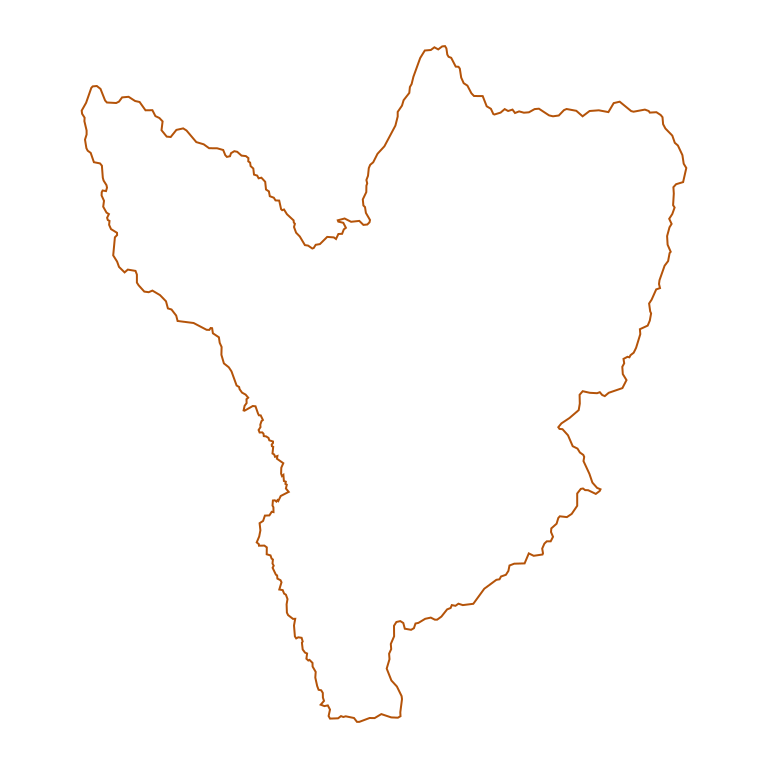 Sipí, Chocó, Colombia (Equal Earth projection)
{"feature_id": "7082276B50547805834837", "entity_name": "Sipí", "entity_type": "district", "adm_level": 2, "iso_a3": "COL", "parent_name": "Colombia", "parent_adm1": "Chocó", "projection": "equal_earth", "projection_center": [-76.598, 4.565], "detail": "fine", "context": "isolated", "style": "outline", "palette": "amber", "viewbox_px": 768, "rotation_deg": 0, "n_neighbors": 0, "source": "geoboundaries", "source_scale": "gbopen_adm2", "svg_char_len": 6082}
<svg xmlns="http://www.w3.org/2000/svg" viewBox="0 0 768 768"><path d="M600.5,489.3L597.1,487.9L592.4,482.6L589.4,473.8L583.5,461.1L584.2,456.9L583.3,454.9L579.9,452.5L577.5,448.6L572.7,446.2L568.0,435.3L562.5,429.2L559.5,428.9L558.3,427.2L561.4,423.4L569.5,418.0L578.7,410.1L579.8,403.6L579.6,394.8L582.7,391.2L589.8,392.8L597.1,393.2L599.8,392.2L602.2,395.0L604.8,396.1L608.7,392.8L622.4,388.1L626.5,380.1L622.8,374.1L622.3,366.8L624.2,363.3L623.5,358.9L627.5,356.8L629.4,357.3L630.5,355.2L633.7,352.7L636.1,347.8L640.3,334.1L639.9,329.2L647.7,325.6L649.8,320.6L651.1,313.4L650.2,311.4L649.1,303.5L651.6,299.7L656.2,289.4L660.0,288.1L659.0,284.0L659.5,280.2L664.6,265.7L668.1,261.1L669.6,253.1L670.7,251.8L667.6,244.7L667.1,236.1L669.5,227.3L671.6,223.9L669.2,218.8L672.3,214.0L674.6,207.5L673.1,205.2L673.8,193.6L673.4,187.2L676.1,184.2L683.1,182.1L686.3,168.0L683.7,163.7L682.4,155.1L677.9,145.5L674.8,142.8L672.3,135.6L665.4,128.5L663.1,124.2L662.5,117.2L660.7,115.0L656.4,112.2L649.8,112.6L648.7,111.0L644.9,109.6L633.6,111.7L631.2,111.1L619.7,101.7L613.7,103.1L608.4,112.1L598.8,110.3L589.6,111.0L582.6,116.3L576.3,110.8L566.6,109.0L564.0,110.1L558.8,115.5L553.0,116.3L549.1,115.4L538.9,108.7L534.6,109.1L528.9,112.3L523.9,112.7L519.1,111.4L515.0,113.0L512.5,109.6L508.1,111.0L504.7,109.1L500.6,112.6L494.4,114.5L493.3,114.0L490.9,108.8L486.7,106.3L482.7,96.1L474.0,96.0L471.4,93.3L467.4,85.6L463.7,83.2L461.2,77.6L459.8,68.6L458.5,66.8L455.7,66.6L451.2,57.8L448.6,56.8L447.3,54.6L446.4,48.4L445.0,46.1L442.2,46.4L438.2,49.4L434.4,47.3L430.8,50.0L424.8,50.5L420.2,58.0L413.4,76.8L411.6,84.1L409.9,87.0L409.3,92.9L403.6,100.2L402.0,105.6L397.7,111.9L397.7,116.5L395.4,125.6L384.4,146.3L377.5,153.8L373.2,162.3L370.2,164.8L368.8,168.1L368.0,175.8L366.4,180.0L367.2,183.4L366.4,185.7L366.3,192.1L362.8,199.4L363.4,205.5L365.0,207.1L365.9,212.9L370.0,220.0L369.5,222.3L367.3,224.5L363.4,224.9L359.3,220.9L351.1,221.8L344.6,218.5L337.8,220.3L338.3,221.6L343.3,222.8L345.9,227.8L343.8,229.4L342.1,233.8L338.4,234.0L336.0,239.0L333.8,237.4L327.2,236.9L319.9,244.1L315.7,244.8L313.7,248.0L312.3,248.5L308.1,245.6L304.9,245.1L299.8,236.5L296.1,232.7L294.0,227.0L294.9,223.8L293.8,222.5L293.6,220.4L287.0,214.3L284.0,209.5L282.2,210.2L281.1,209.2L279.2,200.6L275.5,200.4L273.8,197.7L269.8,196.2L268.9,191.4L266.0,189.5L265.2,181.8L261.4,177.7L258.6,178.3L257.2,175.6L254.0,174.6L253.3,168.5L250.6,166.1L250.1,162.6L248.3,161.4L248.4,158.1L245.9,156.1L241.5,155.6L237.2,151.8L234.3,151.2L231.0,153.2L230.0,156.2L226.9,156.9L225.3,155.2L223.2,150.0L217.2,148.3L209.1,148.2L203.7,144.3L196.3,142.1L186.5,130.5L183.2,128.4L176.4,129.9L170.7,137.0L166.7,136.6L161.5,130.2L162.6,121.4L159.4,118.0L155.4,116.1L152.4,110.2L145.5,110.3L139.6,102.0L135.1,101.0L128.6,96.8L122.1,97.4L119.0,101.6L116.2,103.0L106.9,102.5L105.1,100.5L100.5,88.9L96.8,86.0L92.7,86.4L91.3,87.9L86.1,102.8L81.7,110.6L82.1,113.8L84.6,117.7L84.4,121.2L86.6,130.5L86.6,134.5L85.0,139.6L86.4,148.2L87.7,150.7L90.7,152.9L93.9,162.2L100.0,163.4L101.9,165.7L102.8,177.7L103.6,180.6L106.5,185.2L107.0,187.7L106.0,191.1L102.6,190.5L101.7,192.3L101.6,195.5L104.0,200.8L103.2,206.7L106.5,212.6L108.9,214.1L107.1,217.8L107.8,220.0L109.5,220.9L109.1,224.8L111.0,229.1L117.0,232.8L117.1,235.1L114.9,237.3L113.2,255.4L117.1,261.6L119.0,266.9L124.6,272.4L127.8,269.6L135.5,270.9L136.9,274.6L136.9,282.6L138.7,285.4L144.3,291.6L148.7,292.2L152.4,290.6L160.0,295.1L166.0,301.3L167.9,308.4L171.5,309.5L176.2,315.6L177.6,321.0L193.6,323.0L206.6,329.8L209.3,329.9L210.7,328.0L212.1,328.2L212.9,333.3L218.9,337.3L219.7,342.8L221.6,347.0L221.4,354.8L223.9,363.4L228.8,367.3L231.5,371.4L236.6,385.5L239.1,387.0L239.6,389.2L242.0,392.6L245.6,394.6L248.2,397.7L246.5,399.2L246.6,403.1L244.6,405.8L243.6,410.4L244.5,410.7L252.8,406.0L255.5,406.3L258.0,413.5L258.9,415.3L260.7,415.4L262.9,420.0L261.5,421.1L260.3,424.7L260.5,427.1L258.6,430.0L259.6,432.5L262.3,432.4L263.5,433.7L263.8,436.1L266.1,436.4L268.5,437.9L269.3,440.3L273.0,441.5L273.0,443.0L271.7,444.6L271.9,446.2L273.2,446.8L272.5,453.5L274.2,454.5L275.0,456.8L277.4,456.0L276.9,458.7L283.3,463.2L281.3,467.7L281.1,473.6L282.0,476.1L283.4,474.9L283.9,481.0L285.8,481.7L285.4,483.9L286.8,484.7L285.9,488.5L288.7,491.9L280.7,496.0L278.3,501.0L277.5,500.1L276.4,501.6L274.8,500.3L272.9,500.5L272.5,505.6L273.4,507.2L273.5,512.1L271.7,511.8L269.4,515.4L264.9,515.6L263.1,520.9L259.6,523.2L260.4,530.3L259.2,536.5L256.7,542.4L258.8,544.1L259.0,545.7L264.4,545.6L266.8,547.4L266.7,554.3L270.5,555.4L271.6,558.6L272.9,559.5L272.5,563.5L273.7,565.7L272.6,567.8L275.9,574.7L277.1,575.4L277.4,578.6L280.5,580.2L281.5,582.3L279.3,589.5L282.7,590.1L284.1,593.6L285.9,594.7L287.5,599.1L286.6,604.3L286.9,612.6L288.1,615.1L293.0,618.9L295.2,618.8L294.0,625.5L294.9,636.4L296.2,638.4L298.3,637.3L301.6,637.8L302.7,641.5L301.9,642.7L302.7,649.5L305.0,652.6L307.1,653.5L306.4,658.7L308.3,660.5L309.5,659.9L312.5,662.9L312.6,666.6L315.7,671.9L315.3,677.6L317.2,686.1L318.6,689.8L321.2,690.3L322.8,692.9L322.9,697.6L324.0,700.9L320.7,704.7L324.4,706.1L327.8,705.4L330.0,709.6L328.6,716.0L330.0,718.6L338.1,718.3L341.0,716.1L343.3,717.0L345.7,716.3L354.0,718.0L357.0,721.9L359.2,721.9L369.6,718.0L374.6,718.1L381.3,714.1L391.2,717.4L397.9,717.7L400.5,716.2L400.3,712.3L402.0,699.1L401.6,696.1L396.9,686.5L391.4,680.5L386.7,668.6L389.5,659.2L389.1,653.7L391.2,649.1L390.8,644.0L394.1,636.3L394.0,625.8L396.4,622.0L400.3,621.1L403.3,623.0L404.8,628.7L411.1,629.8L413.9,628.2L415.5,623.5L418.4,622.9L425.2,618.8L430.8,617.6L434.9,619.7L437.1,619.7L441.4,616.6L447.1,609.4L450.6,608.0L451.8,605.1L455.5,605.8L458.4,603.7L462.8,605.1L473.3,603.8L484.3,588.7L496.4,579.8L499.5,579.3L501.0,576.5L505.9,574.8L508.4,570.9L509.5,565.5L514.2,563.7L524.6,563.4L528.8,553.4L533.7,555.8L542.5,554.5L543.0,553.3L542.2,548.6L544.4,543.6L546.8,541.3L550.7,541.3L553.0,536.8L551.0,532.0L551.3,528.4L556.6,523.7L558.3,518.0L559.8,516.3L566.9,517.1L571.7,513.9L577.2,505.8L577.2,493.5L580.8,488.9L583.0,488.5L585.1,490.1L588.1,490.2L595.8,493.9L599.7,491.0L600.5,489.3Z" fill="none" stroke="#b45309" stroke-width="2"/></svg>